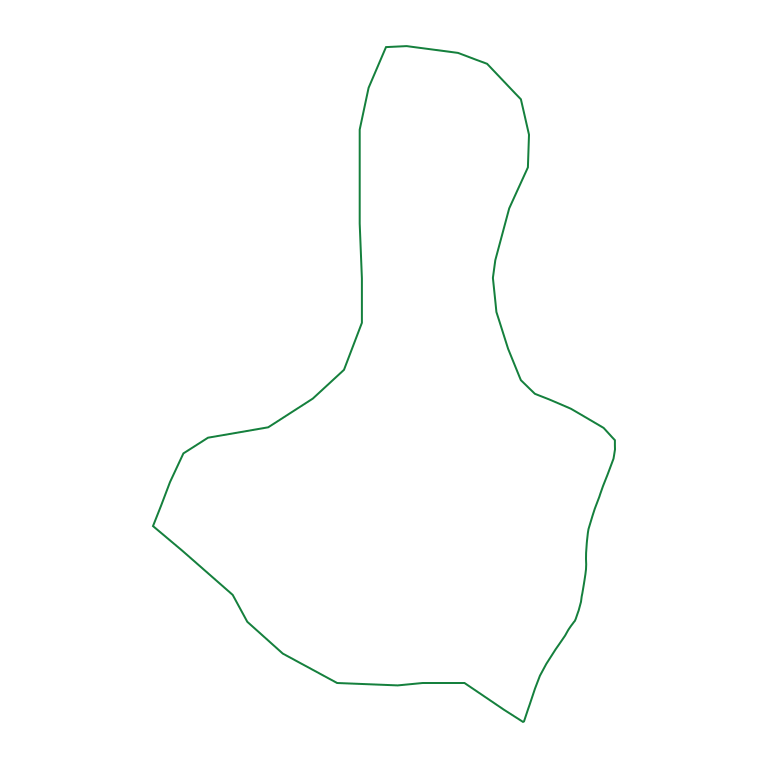 La Guerre/Chickenback Street, Dauphin, Saint Lucia
{"feature_id": "8701671B75874971152676", "entity_name": "La Guerre/Chickenback Street", "entity_type": "district", "adm_level": 2, "iso_a3": "LCA", "parent_name": "Saint Lucia", "parent_adm1": "Dauphin", "projection": "natural_earth1", "projection_center": [-60.93, 14.024], "detail": "fine", "context": "isolated", "style": "outline", "palette": "green", "viewbox_px": 768, "rotation_deg": 0, "n_neighbors": 0, "source": "geoboundaries", "source_scale": "gbopen_adm2", "svg_char_len": 1401}
<svg xmlns="http://www.w3.org/2000/svg" viewBox="0 0 768 768"><path d="M386.0,47.1L368.6,87.8L359.7,129.6L359.7,176.6L359.7,223.6L361.9,278.4L361.9,322.8L344.0,369.8L312.8,398.6L268.2,427.3L208.0,437.7L183.4,453.4L170.0,482.1L161.1,505.6L153.0,526.1L182.5,550.9L232.7,594.9L247.3,621.8L282.8,653.6L337.1,683.0L397.7,685.4L422.7,683.0L443.6,683.0L464.5,683.0L504.2,709.9L523.0,721.9L524.0,721.4L525.7,716.3L528.2,708.8L529.6,704.8L535.0,688.6L539.9,675.8L546.3,663.9L547.7,661.7L555.7,649.2L559.0,644.5L560.3,642.6L565.1,635.6L568.0,630.4L568.8,629.1L571.0,625.9L572.6,623.8L574.0,621.9L574.8,621.0L575.7,619.0L578.1,612.0L578.6,610.7L581.0,601.8L581.7,596.4L582.3,593.5L583.0,589.4L583.8,584.6L584.5,580.2L585.4,574.3L585.8,570.9L586.0,569.3L586.2,564.4L586.0,558.9L586.1,552.8L586.8,542.9L587.0,540.8L587.9,532.7L588.5,529.1L592.6,515.5L594.8,508.7L599.4,496.6L600.2,494.1L603.0,486.1L606.6,477.0L607.1,475.8L609.1,470.5L613.5,458.7L614.0,455.8L615.0,449.4L614.9,445.1L614.9,440.2L611.9,437.0L603.6,427.9L577.2,412.4L571.0,408.8L569.2,408.0L548.9,399.3L538.4,395.2L534.9,393.8L529.3,388.4L520.9,380.2L519.6,377.1L508.1,348.8L499.2,320.7L496.4,312.0L495.6,303.9L492.9,277.9L495.3,260.2L509.2,208.4L516.8,191.7L527.9,167.4L528.3,155.5L529.0,134.7L523.8,111.9L520.9,99.3L515.4,93.6L487.1,63.8L476.0,59.7L458.0,52.9L410.3,46.6L406.7,46.1L386.0,47.1Z" fill="none" stroke="#15803d" stroke-width="2"/></svg>